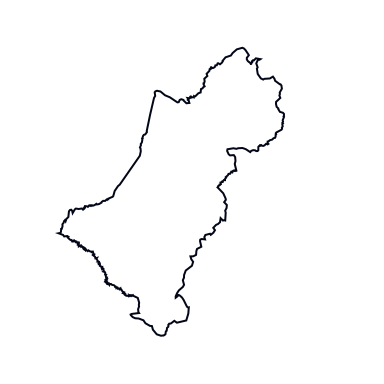 Tolon, Northern, Ghana (Albers equal-area conic projection), rotated 56°
{"feature_id": "2480657B36155100412367", "entity_name": "Tolon", "entity_type": "district", "adm_level": 2, "iso_a3": "GHA", "parent_name": "Ghana", "parent_adm1": "Northern", "projection": "albers", "projection_center": [-1.197, 9.557], "detail": "fine", "context": "isolated", "style": "outline", "palette": "ink", "viewbox_px": 384, "rotation_deg": 56, "n_neighbors": 0, "source": "geoboundaries", "source_scale": "gbopen_adm2", "svg_char_len": 6061}
<svg xmlns="http://www.w3.org/2000/svg" viewBox="0 0 384 384"><g transform="rotate(56 192 192)"><path d="M151.6,325.7L155.5,322.9L157.4,322.8L158.7,320.1L159.4,319.8L159.8,320.2L160.2,319.7L160.6,320.4L162.9,319.9L164.4,319.2L164.5,318.7L166.1,319.0L166.6,318.1L166.2,317.9L166.1,316.8L167.8,316.5L167.5,316.2L168.3,315.6L168.7,316.0L169.2,315.5L170.2,315.6L170.1,314.5L170.6,314.0L172.2,315.2L172.2,316.1L172.9,315.8L173.8,316.3L174.1,314.0L175.4,314.5L175.5,313.6L177.1,313.6L177.1,312.8L178.4,312.3L178.6,313.2L179.4,312.5L179.6,313.4L180.1,313.2L180.3,312.6L180.9,312.7L180.7,312.1L182.7,311.5L182.5,310.5L184.5,309.6L185.8,307.8L186.2,308.5L186.9,307.8L188.3,308.3L189.1,307.8L189.3,308.1L188.5,308.8L188.7,309.5L191.5,308.6L193.0,309.2L193.5,307.7L193.9,308.6L196.9,308.6L197.0,309.1L197.8,308.3L198.1,308.6L198.1,308.2L198.7,308.2L198.9,309.0L199.8,309.6L200.4,308.7L201.7,309.7L203.6,308.6L204.1,309.3L205.2,309.6L204.9,308.7L205.3,308.9L206.1,308.4L207.1,309.4L207.0,309.7L207.5,309.2L207.8,309.6L208.5,309.3L208.5,309.9L209.5,309.2L210.8,309.2L211.8,310.2L212.6,309.6L212.8,310.1L214.2,310.8L214.8,311.0L215.3,310.4L215.9,311.3L216.3,311.1L216.3,312.3L217.1,312.0L217.0,312.9L217.9,312.8L217.3,313.3L217.7,314.2L218.9,313.4L219.0,313.9L220.2,313.7L220.4,313.2L221.0,313.7L221.9,312.8L221.7,312.1L222.8,312.3L222.4,311.6L222.9,310.6L224.3,310.2L225.7,308.8L226.8,308.5L227.6,308.8L228.0,308.1L229.0,308.4L228.8,307.8L229.4,307.2L230.6,307.6L231.0,306.6L232.0,306.6L231.9,305.3L232.8,305.8L233.2,305.1L235.6,305.3L237.1,304.4L237.3,305.7L238.4,304.9L238.8,305.1L239.1,304.4L239.5,304.3L240.1,305.0L241.3,304.5L241.9,303.4L243.2,302.8L243.3,301.8L242.6,301.6L243.2,301.3L242.8,301.1L243.5,300.2L243.6,300.6L244.6,300.0L244.5,298.6L245.6,298.5L249.5,296.2L254.2,297.7L256.0,299.3L257.2,299.8L259.0,302.2L261.6,303.6L262.7,303.6L259.4,310.1L259.2,311.4L259.8,311.6L262.6,311.1L264.9,309.7L267.1,306.9L271.2,304.0L274.8,304.0L279.5,301.7L280.7,300.2L284.3,301.4L290.3,300.8L293.8,298.1L295.1,295.6L295.9,295.5L295.1,295.2L295.1,293.6L292.9,291.6L292.9,290.6L290.7,288.7L290.5,287.1L289.6,286.2L289.0,286.1L288.4,284.6L289.2,283.1L288.9,278.7L291.9,277.6L295.3,268.6L290.8,263.1L285.9,259.2L285.7,259.8L284.2,260.3L276.7,259.3L273.9,259.3L271.3,259.9L269.9,260.6L269.7,261.2L270.3,262.1L270.5,264.6L269.4,263.9L267.4,260.7L266.2,257.8L265.6,252.7L264.5,250.5L260.0,248.9L258.5,246.5L256.4,245.0L253.6,241.1L253.1,233.3L250.5,230.1L247.4,230.2L244.5,229.3L246.0,227.0L246.4,223.8L243.3,221.3L242.0,219.6L242.6,214.9L237.2,212.8L236.1,211.8L236.3,210.4L238.6,207.7L236.3,207.0L235.1,204.9L236.7,200.4L238.0,200.4L237.7,197.1L236.5,194.3L233.6,194.4L232.7,190.4L233.1,188.3L232.7,185.7L229.7,182.9L233.0,182.3L233.3,181.2L234.2,180.4L228.1,175.7L226.0,174.9L224.7,172.4L222.3,170.4L218.4,171.0L217.4,168.3L215.9,167.7L210.5,166.8L202.5,168.2L202.5,167.6L201.8,167.2L201.8,165.0L201.3,164.9L201.6,163.7L200.1,163.1L200.6,161.6L200.2,161.7L200.1,161.1L200.5,160.8L199.9,158.8L200.6,158.0L199.7,157.4L199.1,155.6L198.5,155.6L198.2,152.9L197.4,151.6L198.2,150.3L197.3,148.5L198.0,147.9L197.3,147.6L197.9,146.7L197.4,146.1L197.6,145.1L198.3,144.9L198.2,144.1L199.1,143.9L199.2,143.3L192.7,140.9L190.6,138.6L187.2,136.7L184.8,136.7L182.9,140.0L181.2,140.5L177.6,139.9L176.4,138.7L178.9,133.2L181.1,131.0L181.5,129.3L183.8,125.5L186.5,123.5L191.5,121.4L191.0,119.9L191.5,117.9L192.7,116.4L194.0,115.9L194.7,114.8L194.5,113.7L191.7,111.8L191.4,110.9L191.8,110.0L191.2,109.5L191.7,108.4L192.7,108.2L193.6,107.2L193.9,105.9L193.5,103.7L194.8,102.7L194.8,101.8L193.7,102.0L192.5,101.1L192.8,100.5L192.6,98.7L193.4,96.1L193.0,94.4L193.5,92.7L192.4,91.3L191.4,90.8L191.2,89.9L190.1,89.7L189.8,88.8L190.4,83.0L190.0,82.0L188.9,81.5L188.3,80.1L186.2,79.2L186.0,78.2L185.1,78.3L184.6,77.2L183.2,76.7L181.2,73.7L180.5,73.8L180.2,73.1L178.7,72.1L177.2,72.3L174.7,74.3L171.4,74.1L171.0,73.7L168.7,74.2L165.9,73.1L164.3,71.9L163.4,66.2L160.9,65.6L159.9,64.3L158.6,63.7L156.6,59.7L153.7,58.3L152.2,58.4L151.9,58.9L146.3,60.9L144.2,60.3L141.6,60.4L141.4,64.0L138.6,68.8L138.6,70.1L136.3,71.4L130.9,71.5L126.0,69.2L125.4,67.9L121.3,66.8L119.3,63.5L120.1,62.2L120.1,61.0L116.9,64.3L117.5,67.1L116.9,67.6L117.1,69.1L117.5,69.6L118.0,69.4L118.6,71.1L119.5,71.8L117.8,71.5L114.7,72.5L112.7,72.4L111.4,71.5L110.4,68.4L109.6,68.3L104.1,68.3L102.0,68.7L100.6,69.6L98.8,75.1L99.5,80.6L100.6,83.4L99.1,88.9L100.4,93.3L100.8,93.3L101.5,94.8L101.8,97.4L100.0,98.2L99.7,98.8L100.8,100.6L100.1,101.8L101.1,103.1L101.1,104.8L100.6,105.9L99.7,106.1L99.9,106.7L99.5,106.9L100.5,107.8L100.0,108.6L101.3,109.9L102.2,113.8L104.4,114.4L105.0,118.5L107.3,119.6L108.6,121.2L108.4,121.7L109.2,122.2L111.5,122.5L111.4,124.0L112.0,125.4L111.7,127.0L114.3,129.2L113.7,131.5L114.5,135.7L114.4,136.3L113.6,136.7L114.5,137.6L114.0,137.8L113.4,139.7L112.3,139.4L112.0,139.7L112.0,140.2L112.9,140.8L112.9,141.6L111.6,143.1L112.5,143.1L112.7,143.4L113.2,142.9L113.6,143.8L114.0,143.5L116.7,144.4L115.3,147.0L111.5,147.8L110.9,147.6L109.1,149.0L108.8,150.7L110.1,152.8L109.5,154.0L101.1,157.4L96.7,160.3L91.1,161.9L88.5,164.4L88.1,166.0L88.5,167.2L91.8,168.8L92.7,170.8L104.2,183.2L116.2,195.5L117.1,195.8L118.1,198.5L117.7,200.0L118.1,201.1L119.3,202.7L119.8,202.8L119.8,203.5L120.9,203.9L122.9,205.9L123.6,207.7L124.6,208.1L126.0,210.3L127.1,210.3L129.6,211.7L132.8,215.0L145.5,247.8L145.7,250.0L147.9,255.5L151.3,259.5L151.6,260.4L150.7,265.1L151.2,265.5L150.6,266.4L150.9,266.8L150.5,267.0L150.8,269.0L149.7,270.5L149.7,272.4L150.2,273.0L150.0,275.9L149.0,278.0L148.3,278.0L148.4,280.1L148.0,281.5L147.2,282.2L147.4,282.8L146.6,283.0L145.8,284.3L146.2,284.5L145.7,284.9L146.1,286.6L145.3,286.9L144.0,288.4L144.4,288.6L144.3,289.2L145.1,289.4L145.4,290.1L145.0,290.6L145.6,291.0L145.7,292.2L144.1,292.5L142.7,295.5L140.8,297.5L140.9,298.9L142.7,302.7L140.7,301.9L139.2,302.0L138.7,303.1L139.2,304.8L143.6,308.5L144.1,311.2L145.6,313.2L144.3,313.1L144.6,314.3L145.8,315.8L146.3,317.5L147.9,318.4L149.7,320.5L149.4,321.1L151.8,323.0L152.3,324.0L151.6,325.7Z" fill="none" stroke="#020617" stroke-width="2"/></g></svg>